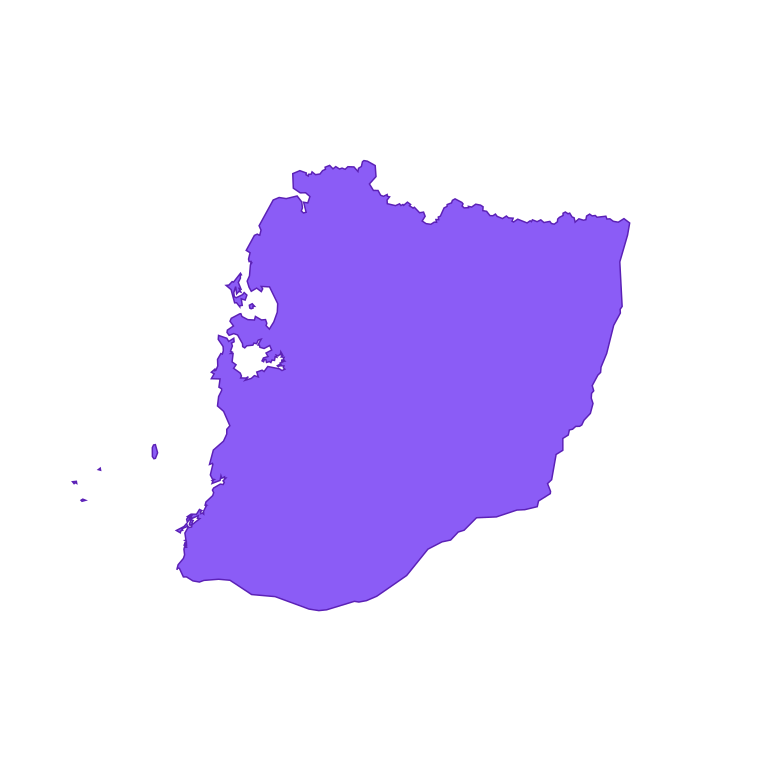 Kilwa, Lindi, United Republic of Tanzania, rotated 215°
{"feature_id": "72390352B7880721655308", "entity_name": "Kilwa", "entity_type": "district", "adm_level": 2, "iso_a3": "TZA", "parent_name": "United Republic of Tanzania", "parent_adm1": "Lindi", "projection": "albers", "projection_center": [39.276, -9.089], "detail": "fine", "context": "isolated", "style": "filled", "palette": "violet", "viewbox_px": 768, "rotation_deg": 215, "n_neighbors": 0, "source": "geoboundaries", "source_scale": "gbopen_adm2", "svg_char_len": 6177}
<svg xmlns="http://www.w3.org/2000/svg" viewBox="0 0 768 768"><g transform="rotate(215 384 384)"><path d="M447.2,113.0L447.2,115.2L445.8,115.6L437.7,110.9L435.2,112.7L427.6,113.1L421.6,115.9L418.9,119.8L407.5,129.2L397.6,134.9L371.7,135.6L351.2,147.4L316.4,156.6L307.4,161.0L301.5,166.1L283.6,189.0L279.5,191.0L274.1,196.5L268.2,206.0L255.6,240.1L253.3,273.9L245.9,288.0L239.9,294.4L238.3,305.3L234.5,310.2L231.5,327.5L215.7,339.6L202.8,357.0L196.6,361.8L188.1,371.4L190.3,376.8L184.9,389.6L186.0,391.6L192.9,396.2L191.8,401.8L202.6,425.0L199.5,432.3L206.3,442.0L203.8,447.9L205.8,452.7L203.6,455.1L202.6,459.3L199.5,461.5L198.5,463.9L199.4,469.0L198.1,478.3L201.6,487.9L206.1,491.3L208.6,495.4L208.3,498.7L212.5,502.1L213.9,513.9L213.2,517.7L215.9,522.3L219.1,536.7L229.5,563.8L231.1,577.7L233.4,580.6L233.4,584.1L260.9,619.3L269.9,645.7L275.1,656.8L282.3,657.1L284.9,650.9L289.5,648.8L293.7,648.9L296.0,647.0L298.5,648.7L305.1,642.8L307.6,643.2L309.9,641.1L313.0,641.1L314.4,637.8L312.9,634.4L314.5,632.6L319.1,631.1L320.3,626.2L323.6,629.2L325.8,628.7L329.9,630.5L330.9,629.0L334.1,628.9L335.3,626.6L334.0,624.7L335.9,621.1L336.3,618.7L335.0,616.4L336.2,612.6L338.9,611.5L341.4,612.3L345.6,608.0L349.7,608.4L351.7,604.8L356.6,603.6L356.4,601.5L357.9,601.5L359.2,598.0L369.0,595.7L370.8,591.0L372.5,590.8L373.3,593.9L377.3,591.5L380.1,591.8L381.8,587.5L387.4,586.2L390.2,587.1L391.3,584.3L393.8,582.7L399.0,584.3L402.5,582.7L404.5,586.0L407.5,585.9L412.0,583.9L413.7,579.2L416.8,577.9L415.9,576.9L419.4,574.2L422.1,574.6L422.6,576.9L424.4,577.4L432.0,576.4L433.3,573.7L432.6,571.1L435.2,567.2L434.2,565.6L435.8,562.7L434.1,553.8L435.3,551.9L433.5,550.0L435.8,548.5L433.7,546.6L435.7,545.4L437.2,541.7L441.5,539.5L446.2,539.4L446.5,545.0L450.2,547.5L453.1,544.7L460.5,546.2L461.0,544.8L465.4,544.6L465.2,546.3L469.1,546.4L470.4,541.6L471.5,541.9L472.5,539.9L474.6,540.5L476.9,536.7L484.7,533.6L487.0,536.4L486.8,540.5L489.0,539.7L490.1,541.0L492.1,537.4L495.0,536.7L499.9,539.1L503.7,536.5L510.7,539.5L509.5,549.3L516.5,557.9L525.4,557.0L528.6,555.5L529.1,553.7L527.3,549.2L528.6,546.1L527.2,543.1L533.1,544.6L538.2,541.3L539.0,537.6L542.2,536.8L543.8,534.6L548.2,534.4L549.2,531.0L553.9,531.9L556.6,527.8L555.1,526.3L556.7,523.6L556.9,519.3L560.2,516.2L564.6,516.5L564.0,514.1L566.1,512.5L565.4,510.9L567.9,510.7L568.7,512.3L575.3,510.5L579.4,504.0L570.6,492.4L562.3,492.5L557.9,495.7L552.2,495.1L550.3,488.6L554.1,486.8L546.3,480.0L548.1,477.9L551.0,478.3L551.8,481.5L555.9,486.0L563.0,488.2L570.4,479.8L576.9,476.6L580.3,471.2L577.1,442.0L573.0,439.5L571.2,434.8L572.2,434.7L571.1,434.3L573.8,434.1L575.4,431.4L573.5,414.4L569.0,414.7L566.6,408.6L564.7,406.9L563.2,408.1L562.3,406.4L561.8,408.2L561.8,405.0L556.2,395.4L555.1,389.8L550.1,385.9L545.9,383.8L543.3,389.5L537.5,389.3L537.9,392.3L540.5,393.5L533.5,397.9L517.2,388.9L512.6,381.6L509.9,371.7L509.4,363.2L514.1,364.2L514.8,366.5L518.0,368.8L521.1,366.2L528.1,365.6L526.8,362.1L532.5,358.6L539.1,357.8L541.6,359.5L542.5,358.6L546.8,350.2L546.2,347.1L540.6,345.2L543.2,338.3L542.2,336.2L538.8,335.0L536.0,339.1L532.1,340.2L523.1,335.9L521.2,333.6L518.8,333.7L518.3,336.6L513.7,340.6L514.0,342.9L511.5,343.9L512.2,347.9L510.3,350.3L509.6,343.7L508.3,344.3L506.7,342.9L502.6,344.3L499.7,350.0L495.5,347.4L498.4,341.7L494.7,340.0L497.7,336.2L497.2,333.0L495.4,333.2L496.0,335.4L494.9,336.3L492.6,334.3L490.8,336.6L489.0,336.7L489.5,339.4L487.2,340.5L488.8,343.9L487.1,344.5L488.9,345.8L486.8,346.4L486.0,349.3L487.0,351.2L484.4,350.0L484.6,348.9L483.4,349.3L483.7,347.2L481.1,348.6L480.8,346.6L478.8,346.0L481.4,345.0L481.0,344.1L479.1,344.9L481.1,341.5L479.0,340.5L480.7,340.1L481.9,337.8L479.8,337.4L480.9,338.3L476.4,341.4L475.8,339.6L473.7,339.3L475.3,336.5L478.2,336.5L489.2,331.7L489.4,325.4L491.8,325.4L495.1,320.8L491.0,317.7L495.0,316.5L495.9,312.5L499.9,307.4L499.3,312.2L500.3,309.9L504.9,306.7L505.4,308.8L508.0,310.5L516.2,310.6L516.2,314.9L521.1,315.0L525.1,322.4L527.2,321.0L526.6,323.1L528.6,322.9L530.0,328.2L532.4,330.0L531.0,332.6L533.3,335.3L535.6,329.8L539.0,331.3L547.4,328.9L545.4,325.5L537.3,322.4L534.7,319.1L533.6,315.8L535.1,315.4L534.5,308.7L530.5,303.4L529.6,298.7L530.2,297.9L531.1,299.0L532.2,294.6L529.0,294.9L528.5,289.3L521.2,294.1L517.4,286.7L514.3,286.9L513.3,285.6L512.3,278.9L507.8,270.5L499.7,269.6L486.3,261.4L486.8,256.7L484.1,252.8L482.7,245.1L485.9,232.0L480.8,218.0L479.0,220.6L478.1,220.0L474.1,209.9L470.0,207.7L468.3,208.4L469.4,206.2L468.4,206.3L467.8,203.9L463.0,211.0L464.9,215.3L462.8,213.8L461.4,216.4L460.9,215.5L459.6,216.3L460.3,212.3L458.4,211.8L458.1,209.4L460.7,208.1L463.9,201.1L463.7,198.7L461.2,197.3L460.3,194.3L462.2,185.3L461.3,182.8L459.9,183.0L460.7,182.0L459.6,181.8L458.8,176.2L457.1,174.0L458.9,174.1L459.6,172.7L461.1,174.0L460.6,175.8L463.2,175.4L462.9,169.8L467.4,166.7L469.0,162.6L465.0,163.3L467.1,164.5L466.0,166.3L466.0,164.4L464.0,164.0L460.6,169.7L459.8,167.0L457.7,168.0L460.2,159.8L461.8,160.2L462.0,162.7L465.4,161.7L467.3,162.8L468.1,161.8L468.1,160.0L465.7,157.9L465.8,160.9L464.2,161.7L462.9,157.4L461.8,157.0L460.7,159.0L459.6,156.5L461.6,154.4L465.7,156.1L466.1,152.5L470.1,144.9L465.5,145.3L466.2,146.9L465.0,148.9L466.6,149.3L463.5,154.3L462.2,154.2L461.6,147.7L456.6,142.4L457.3,141.7L455.7,141.8L453.0,138.3L454.4,138.0L456.2,140.7L455.2,137.2L452.4,136.8L453.8,135.7L453.2,134.0L449.3,129.6L448.3,126.0L449.0,117.9L447.2,113.0ZM551.4,366.0L546.4,364.5L547.0,365.4L545.2,367.1L549.8,371.9L545.9,373.1L547.3,378.2L551.0,378.7L551.1,376.1L554.5,370.0L556.6,369.6L559.4,372.6L561.4,378.7L556.4,373.3L556.0,376.7L554.0,377.2L557.4,379.1L555.6,379.7L561.6,383.6L562.3,388.3L564.1,390.7L563.4,391.6L565.1,392.4L565.7,381.2L567.1,380.8L567.8,376.1L569.9,374.2L563.4,373.6L552.9,364.8L551.4,366.0ZM536.5,203.2L537.8,201.9L537.3,199.0L532.1,191.7L529.6,190.8L528.6,192.0L530.0,197.8L536.5,203.2ZM539.5,371.3L537.5,369.2L536.0,369.4L534.8,371.1L536.0,372.5L534.6,373.4L538.0,374.2L539.5,371.3ZM561.7,117.6L564.7,116.9L565.5,115.0L564.1,114.7L561.7,117.6ZM580.2,127.8L583.1,125.3L580.7,124.6L580.3,126.1L578.7,126.3L580.2,127.8ZM568.2,152.3L568.9,150.0L566.7,150.8L568.2,152.3Z" fill="#8b5cf6" stroke="#5b21b6" stroke-width="1.5"/></g></svg>